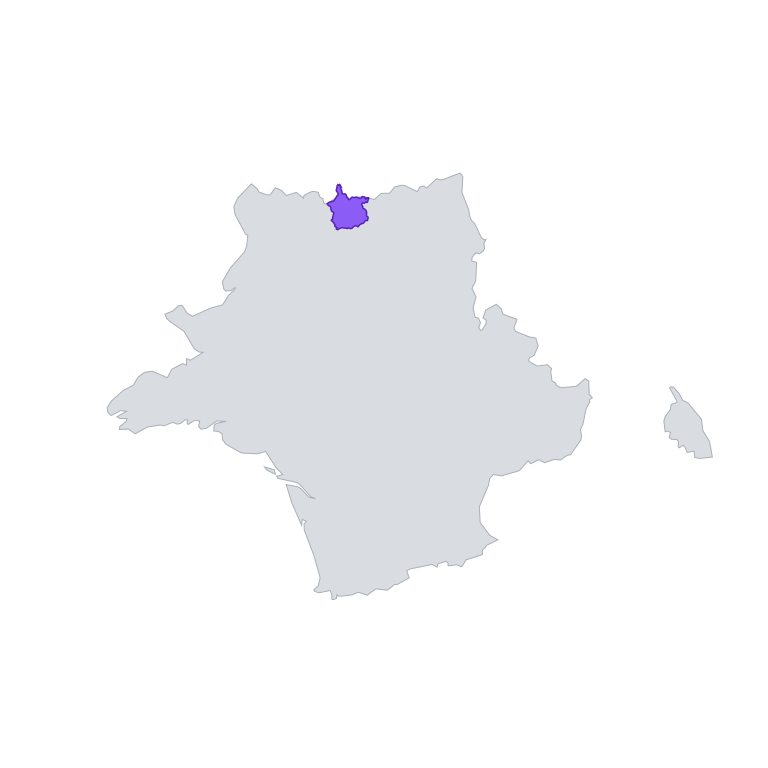 location of Ardennes within France, rotated 327°
{"feature_id": "FRA-5268", "entity_name": "Ardennes", "entity_type": "Metropolitan department", "adm_level": 1, "iso_a3": "FRA", "parent_name": "France", "parent_adm1": "", "projection": "albers", "projection_center": [4.734, 49.698], "detail": "fine", "context": "in_parent", "style": "filled", "palette": "violet", "viewbox_px": 768, "rotation_deg": 327, "n_neighbors": 0, "source": "natural_earth", "source_scale": "10m", "svg_char_len": 6307}
<svg xmlns="http://www.w3.org/2000/svg" viewBox="0 0 768 768"><g transform="rotate(327 384 384)"><path d="M548.3,318.2L544.4,320.6L542.0,325.3L539.4,326.5L534.7,326.7L532.3,323.9L526.7,325.9L524.5,328.9L528.0,332.4L517.1,347.5L510.0,351.6L508.6,361.2L500.2,368.6L497.2,376.3L496.9,377.8L499.1,380.2L498.3,385.2L494.0,388.5L494.1,391.7L495.3,392.1L501.9,389.4L504.4,386.4L503.0,382.5L509.6,377.4L521.6,378.3L523.2,384.8L521.8,390.4L530.8,402.1L523.4,407.8L523.1,411.5L531.2,423.3L536.3,428.1L533.9,436.2L525.7,441.6L520.4,441.4L518.1,442.7L518.5,445.2L522.3,452.4L531.5,456.8L533.0,462.3L530.6,464.4L526.6,472.8L528.5,476.8L527.9,478.6L528.9,481.4L531.4,484.1L544.3,490.8L555.7,489.0L557.3,493.0L550.6,504.2L551.2,509.0L547.7,509.2L547.1,510.9L540.1,514.8L528.9,526.1L523.6,529.5L521.6,535.1L518.4,538.3L501.9,544.9L498.8,543.6L490.6,543.8L485.5,539.9L475.8,537.5L472.6,531.8L463.5,530.7L463.0,526.9L450.4,530.4L432.6,525.1L426.4,519.4L421.2,520.8L416.5,525.8L397.1,538.9L389.2,552.5L390.3,568.6L394.6,576.7L382.7,575.2L375.6,577.3L373.7,580.7L357.0,576.2L350.7,579.3L348.9,579.0L346.9,575.5L338.8,571.4L340.2,568.8L339.2,566.4L331.5,564.2L328.7,566.4L326.0,561.5L304.8,553.2L301.3,553.1L299.5,560.3L285.6,559.3L283.7,557.9L274.6,558.8L265.6,551.4L254.9,552.0L248.9,544.6L242.7,543.6L234.1,539.4L230.2,537.2L229.8,535.1L227.0,538.0L223.7,537.0L223.1,536.0L225.5,532.3L226.4,527.9L215.6,523.6L213.0,520.1L213.1,518.4L219.1,517.4L225.0,511.6L231.9,489.4L237.6,462.9L240.7,458.0L244.1,456.9L241.7,453.0L238.0,457.6L242.0,433.2L247.2,415.0L255.6,423.2L257.4,426.7L259.3,437.9L264.0,442.8L261.0,438.2L258.9,423.3L257.1,419.0L243.9,405.6L243.6,402.8L249.7,404.8L247.9,395.4L248.0,376.1L239.6,373.5L226.8,364.1L218.7,348.6L218.2,343.0L221.1,337.4L219.3,333.6L215.7,330.7L219.1,326.0L221.9,325.7L231.3,329.4L223.8,324.0L210.9,324.4L206.0,322.3L205.4,318.7L209.3,314.6L205.3,311.4L198.0,311.3L197.2,310.1L199.7,307.1L198.0,305.7L191.9,306.3L188.7,305.0L185.9,301.0L176.4,299.2L174.5,296.8L161.9,291.2L148.1,290.3L145.1,282.6L137.2,278.0L139.1,275.9L147.7,274.8L149.6,273.0L143.9,269.3L142.1,266.0L153.3,266.7L148.7,262.9L137.9,261.8L137.0,257.3L139.0,253.0L145.7,249.9L161.7,247.4L173.0,248.5L181.5,244.3L189.5,243.8L196.7,247.1L205.7,260.7L214.3,256.0L226.4,257.3L228.6,260.6L232.3,255.2L234.7,258.7L249.5,258.9L246.3,256.4L244.0,250.7L245.0,230.9L238.8,216.0L237.4,210.6L238.3,206.2L246.8,207.7L254.2,206.4L257.5,208.0L257.6,217.3L260.2,222.9L280.2,226.0L291.6,229.7L301.7,225.1L310.9,223.3L311.7,222.1L306.4,222.3L301.8,219.7L301.3,217.2L304.2,210.1L318.5,202.9L339.1,197.2L344.5,192.9L350.8,185.0L349.5,182.9L351.4,160.7L354.6,153.5L362.4,148.5L381.8,143.9L384.0,151.0L383.7,155.0L388.7,161.4L391.2,163.4L399.7,160.2L403.6,166.1L404.7,172.7L414.9,175.6L417.8,184.2L419.7,182.3L426.1,182.8L429.1,183.6L433.3,187.3L432.0,192.5L433.8,195.0L432.0,199.6L433.2,201.6L445.1,201.7L448.6,199.6L450.3,194.9L453.9,192.1L455.2,192.9L453.0,201.7L454.6,204.0L455.5,210.3L460.0,210.8L468.8,215.8L476.3,224.0L485.4,222.6L492.7,227.1L500.1,224.5L507.2,226.9L509.7,229.3L516.6,240.8L521.6,238.3L525.2,239.6L526.5,242.9L540.0,240.5L542.5,243.7L545.4,244.8L562.7,248.5L563.1,252.9L553.7,265.8L550.0,283.7L547.3,290.0L546.4,294.7L547.3,297.7L547.0,302.6L545.3,314.2L546.6,317.6L548.3,318.2ZM626.2,553.1L625.7,560.5L628.7,565.5L631.0,586.4L626.0,596.9L625.8,609.2L619.6,624.1L608.2,618.3L604.7,614.9L607.4,609.2L600.9,606.5L602.1,601.0L601.3,598.3L596.8,598.3L596.5,596.9L599.6,592.6L599.4,590.0L595.0,587.0L594.0,584.1L597.9,580.7L595.9,577.8L593.7,577.3L598.6,567.4L602.2,564.4L610.6,561.2L613.8,557.5L619.5,559.1L620.4,558.1L621.3,542.9L623.2,542.6L625.1,544.5L626.2,553.1ZM245.3,396.3L243.7,400.5L238.9,392.6L238.6,388.4L245.3,396.3Z" fill="#d9dde1" stroke="#a8b0b8" stroke-width="1"/><path d="M453.8,191.7L453.9,192.4L454.3,192.6L455.3,192.3L455.6,192.7L455.5,193.6L455.4,194.6L455.3,195.5L454.9,195.1L454.7,195.2L454.1,196.5L454.1,197.0L454.2,197.4L454.1,197.9L452.9,201.0L452.8,201.8L453.2,202.5L454.7,203.1L455.2,204.1L455.3,204.7L455.2,205.1L455.0,205.6L454.9,206.2L454.7,206.4L454.5,206.8L454.4,207.1L454.5,207.3L454.8,207.8L454.9,208.1L454.9,210.0L455.2,210.4L456.0,210.5L456.7,210.4L458.1,209.9L458.7,209.9L458.8,209.9L459.4,210.2L460.6,211.4L461.2,211.7L462.4,212.1L462.8,212.4L464.2,214.4L464.6,214.9L465.2,215.3L466.0,215.5L467.4,215.1L468.1,215.1L468.8,215.8L469.4,216.5L469.7,217.3L469.5,217.5L469.3,217.6L469.2,218.3L469.3,218.8L469.4,219.0L470.0,219.1L470.4,218.8L470.5,218.5L470.6,218.4L470.8,218.4L471.2,218.6L472.2,219.0L472.4,219.2L472.4,220.0L471.8,220.4L471.2,220.7L469.6,222.2L469.0,222.5L468.6,222.5L468.5,222.2L468.4,222.0L468.3,221.7L468.0,221.6L467.8,221.5L466.4,221.7L466.1,221.6L465.7,221.5L464.8,220.6L464.3,220.4L463.9,220.5L463.4,220.9L463.2,221.2L463.0,221.5L463.0,221.8L463.0,222.0L462.9,222.6L462.9,222.8L462.9,223.7L462.4,224.2L462.2,224.5L462.1,224.8L462.4,225.9L462.5,226.1L462.9,226.4L463.0,226.6L463.1,226.8L463.1,227.0L463.1,227.3L463.4,228.2L463.5,228.6L463.4,229.1L462.8,230.8L462.2,231.6L461.2,233.1L461.0,233.5L461.0,233.9L461.0,234.2L461.2,234.5L461.4,234.9L461.5,235.3L461.4,235.7L461.2,236.0L460.5,236.6L459.1,237.9L457.9,237.0L456.8,237.0L454.5,237.9L450.8,237.1L448.0,238.0L447.4,237.5L446.8,236.1L446.0,235.5L445.2,235.4L441.8,235.9L440.7,235.6L439.4,233.8L439.1,233.7L438.7,233.8L438.1,233.7L437.6,233.4L436.8,232.5L433.7,229.9L432.7,229.6L429.1,229.3L428.8,228.5L428.4,228.3L428.5,227.9L428.7,227.6L429.0,227.4L429.6,227.2L429.5,226.7L428.9,225.6L428.7,225.2L428.7,224.8L428.9,224.4L429.5,223.8L429.7,223.5L429.6,223.0L429.5,222.5L429.5,222.1L429.6,221.7L429.7,221.3L429.6,220.8L429.5,220.4L429.4,220.1L429.2,219.4L429.0,218.7L428.9,218.3L429.1,217.9L429.4,217.7L429.8,217.7L430.4,217.7L430.8,217.5L431.2,217.2L431.6,216.4L432.0,216.0L432.3,215.7L432.6,215.5L432.9,215.3L433.4,214.7L434.6,213.7L434.9,213.3L435.0,212.8L435.0,212.2L434.8,211.6L434.3,211.1L434.2,210.8L434.5,209.0L434.7,208.4L435.2,207.6L435.5,206.9L435.5,206.6L435.6,206.2L435.5,205.6L435.0,204.8L434.7,204.3L434.5,203.8L434.5,202.8L434.5,201.9L436.5,201.7L441.3,203.0L441.5,203.1L442.5,202.9L447.0,200.7L448.3,200.5L448.7,200.3L449.0,199.7L449.2,198.9L449.4,197.3L449.4,197.0L449.3,196.7L449.2,196.4L449.3,195.9L449.5,195.5L452.9,192.1L453.8,191.7Z" fill="#8b5cf6" stroke="#5b21b6" stroke-width="1.5"/></g></svg>